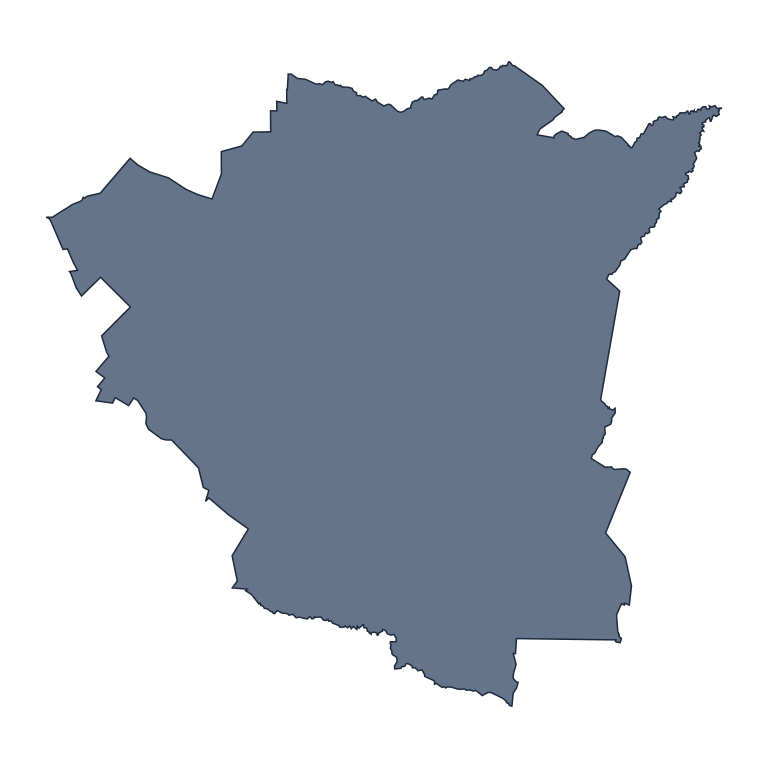 Nogoya, Entre Ríos, Argentina (Albers equal-area conic projection)
{"feature_id": "61730980B78785017489869", "entity_name": "Nogoya", "entity_type": "district", "adm_level": 2, "iso_a3": "ARG", "parent_name": "Argentina", "parent_adm1": "Entre Ríos", "projection": "albers", "projection_center": [-59.632, -32.251], "detail": "fine", "context": "isolated", "style": "filled", "palette": "slate", "viewbox_px": 768, "rotation_deg": 0, "n_neighbors": 0, "source": "geoboundaries", "source_scale": "gbopen_adm2", "svg_char_len": 6043}
<svg xmlns="http://www.w3.org/2000/svg" viewBox="0 0 768 768"><path d="M108.9,356.3L96.0,371.4L104.8,378.0L97.5,386.7L101.2,389.7L95.9,400.8L112.5,403.1L115.3,397.7L128.7,405.6L133.6,398.1L137.6,400.3L146.0,413.4L146.5,417.3L145.8,423.6L148.7,429.4L161.5,438.8L166.2,440.0L171.6,440.0L198.5,467.9L203.3,487.5L208.9,490.3L205.5,501.3L208.9,498.0L228.9,515.1L248.3,528.9L232.1,555.7L237.3,580.9L232.3,587.9L247.4,589.2L245.6,590.7L251.7,594.7L258.9,604.0L260.3,603.2L260.7,605.4L263.3,606.3L264.2,608.2L267.5,609.0L270.7,611.5L272.5,611.9L273.4,613.5L274.8,613.5L277.2,610.6L282.3,613.2L287.3,613.6L288.7,615.1L292.9,614.4L296.2,617.8L299.2,617.1L307.2,619.0L309.8,616.6L311.9,618.8L313.6,618.6L314.6,616.8L315.6,617.4L320.7,616.9L323.6,620.2L326.4,620.5L327.8,619.3L328.9,621.3L331.1,620.8L332.5,623.1L339.0,625.6L339.7,627.2L344.0,627.1L345.1,626.0L347.5,627.8L349.8,626.0L351.2,628.8L353.2,626.6L356.9,629.5L357.4,626.2L359.0,628.2L363.2,624.6L363.9,625.2L363.8,627.6L366.8,628.0L367.4,631.2L368.9,631.6L369.1,632.8L371.2,634.2L371.2,632.8L372.2,632.3L375.0,632.3L377.1,633.3L377.0,634.9L377.9,635.2L379.1,632.7L382.5,631.2L382.5,629.6L383.9,629.8L385.7,630.8L387.4,633.9L391.1,635.1L393.8,634.4L396.2,638.1L396.1,641.7L390.5,641.8L390.1,642.8L391.0,645.2L390.3,648.2L391.8,651.0L391.9,653.4L392.7,654.8L395.9,656.7L397.2,659.5L396.6,662.5L394.4,666.1L394.7,669.0L401.0,668.3L401.8,666.7L404.7,666.4L406.3,663.5L408.3,663.8L411.9,665.7L412.4,667.8L415.2,667.9L418.2,670.7L422.0,670.0L424.4,674.1L424.7,676.4L433.7,680.5L434.6,681.4L434.5,684.2L436.5,683.5L442.1,687.4L444.3,686.8L445.8,688.0L447.1,687.1L450.7,687.0L458.1,689.2L464.9,689.1L466.1,690.2L469.8,690.0L473.4,691.1L475.8,690.4L482.3,695.6L488.0,692.4L491.2,692.6L503.0,698.4L506.1,701.2L506.5,702.7L508.8,703.5L509.2,705.3L511.9,706.2L513.2,693.3L516.6,687.9L518.1,682.2L516.6,682.2L513.1,678.2L513.5,673.5L516.1,664.4L513.3,653.5L515.5,653.6L516.5,638.6L615.8,639.9L615.3,641.0L616.1,641.9L620.1,642.8L621.4,638.5L619.0,636.3L619.2,634.7L617.8,631.6L616.5,615.0L621.4,603.9L624.4,605.0L624.4,603.2L629.3,605.1L631.5,585.9L625.1,556.7L605.6,533.0L630.2,472.4L626.6,469.3L624.3,468.8L614.6,469.4L612.6,468.6L611.6,466.9L605.2,467.2L591.4,458.6L592.3,454.7L594.6,453.3L598.0,447.0L602.3,442.3L602.5,438.8L603.3,438.3L603.6,435.6L605.3,434.0L604.6,427.2L610.8,424.1L611.7,421.1L611.6,418.2L615.2,413.0L615.1,408.3L612.8,410.0L609.4,408.8L609.3,407.3L608.0,408.3L607.5,406.4L605.7,405.8L604.7,403.5L601.7,401.4L600.7,399.3L619.7,291.1L606.6,279.1L609.0,274.3L612.1,274.2L612.8,272.8L615.3,271.6L619.9,265.0L620.8,261.0L624.8,259.0L630.7,249.8L634.3,248.5L636.8,248.7L638.4,244.4L640.3,244.3L641.9,242.4L640.5,238.0L642.0,236.6L644.0,236.3L645.8,233.0L647.4,233.6L649.7,232.1L649.1,229.0L650.5,227.1L653.4,227.3L654.9,226.2L654.7,224.4L656.5,222.2L656.6,219.4L658.9,218.4L659.5,212.6L661.0,211.4L658.9,208.9L664.4,204.4L666.9,203.4L668.2,201.5L671.5,201.5L671.1,199.2L672.8,199.1L675.0,197.1L676.0,195.6L675.8,193.9L677.1,192.5L680.1,193.6L681.6,191.9L681.5,190.2L679.9,187.4L684.3,186.7L683.6,183.8L687.3,182.2L687.9,179.4L688.7,179.1L688.1,175.8L685.6,174.6L685.7,173.1L688.2,172.5L688.6,171.3L691.5,172.1L693.0,170.8L692.2,168.7L693.5,167.9L694.2,165.8L693.3,164.3L696.7,158.3L694.6,152.6L697.2,150.7L699.1,151.4L699.9,149.6L701.3,148.7L700.8,146.1L698.9,146.3L699.8,144.4L698.6,143.0L699.8,141.7L699.3,140.1L700.3,138.8L699.8,136.5L701.2,134.9L699.7,132.8L702.4,130.8L703.7,131.2L701.8,127.8L702.7,126.7L703.6,127.1L704.1,125.3L702.1,123.9L702.2,122.8L705.7,121.8L705.5,120.3L708.8,117.8L709.6,117.9L710.2,121.2L711.1,121.1L713.0,115.5L714.7,115.4L716.0,116.5L719.2,114.5L718.3,111.2L719.1,111.0L719.3,109.3L721.9,108.0L717.1,108.4L715.0,105.6L711.4,106.9L709.3,105.9L709.8,108.2L707.8,109.3L706.3,108.5L705.8,106.7L703.0,106.8L701.2,108.4L700.8,110.2L699.1,109.2L697.7,109.6L696.8,111.9L694.0,111.7L694.2,110.4L693.0,111.7L692.0,110.8L690.5,111.2L689.9,114.1L688.8,113.9L687.7,111.0L684.9,112.9L680.0,112.8L678.4,115.2L676.7,115.8L676.5,117.6L672.9,116.7L673.8,119.0L673.1,120.0L667.9,118.9L665.2,116.4L662.1,117.6L659.3,116.8L657.8,118.3L657.9,119.7L653.4,121.4L653.2,124.1L652.1,125.5L651.1,125.4L650.5,123.7L648.9,123.8L643.4,134.0L641.2,133.8L639.6,137.5L637.0,138.2L636.7,141.1L634.9,142.2L632.2,147.5L630.7,147.7L629.4,145.8L627.9,145.7L628.1,144.5L621.3,137.3L617.6,135.9L615.1,136.6L606.0,131.1L598.8,130.0L594.8,130.2L589.2,133.0L584.2,137.3L575.6,139.4L571.6,137.7L570.8,136.3L568.6,135.4L568.1,133.5L561.8,131.1L556.1,134.0L554.0,136.1L554.0,137.8L537.2,134.8L539.9,129.0L553.1,119.8L554.6,117.3L562.3,111.8L562.2,110.5L564.2,108.8L542.3,85.4L514.7,65.9L512.8,65.7L509.8,62.0L508.8,61.8L506.7,65.7L502.6,65.5L501.5,66.9L500.3,66.3L499.3,68.3L496.6,70.2L492.8,69.5L491.4,67.5L489.2,67.5L486.9,70.3L484.6,71.0L483.3,74.2L480.7,75.5L477.6,75.3L477.2,76.4L474.3,77.0L472.9,78.4L469.8,78.9L469.7,80.6L465.3,79.2L463.1,81.3L457.8,80.0L450.5,85.1L449.5,87.4L447.4,89.3L445.2,88.9L437.8,90.2L437.3,93.9L434.5,94.9L432.0,98.9L428.9,98.1L425.2,99.4L423.7,99.0L422.7,97.0L421.4,97.1L417.1,100.7L415.9,100.4L412.3,102.1L410.6,106.8L410.8,108.0L407.3,108.7L404.0,111.2L400.5,112.3L397.4,111.2L390.7,104.9L388.6,104.2L383.8,105.9L377.4,102.1L375.6,99.1L372.0,100.9L365.2,96.3L363.1,97.1L360.1,95.5L357.4,95.7L356.5,94.7L356.7,92.9L353.2,91.0L352.2,88.4L348.3,87.2L342.4,87.1L340.1,85.2L339.1,86.0L337.6,84.9L335.4,85.0L333.0,81.6L331.7,82.4L328.2,81.2L325.5,81.8L322.4,84.7L319.9,83.7L316.0,84.2L305.6,79.3L297.4,78.4L291.4,74.2L288.2,74.0L287.4,89.3L286.7,89.3L286.8,103.4L276.7,101.3L276.9,110.9L270.5,110.8L270.7,131.8L253.1,132.1L241.9,145.9L221.3,151.6L221.4,173.9L212.0,199.0L197.8,194.6L186.1,189.4L168.4,177.8L149.9,172.0L137.8,165.0L130.1,158.3L100.3,193.1L87.1,196.3L84.9,198.0L83.3,197.2L81.9,200.3L80.6,201.2L72.6,204.4L52.2,217.3L46.1,217.2L49.5,218.8L50.8,221.1L63.0,249.5L67.4,248.8L73.5,262.9L77.6,270.3L69.5,271.6L70.8,273.3L76.3,288.0L81.5,296.0L100.6,277.3L130.4,307.0L101.6,335.9L106.5,351.8L108.9,356.3Z" fill="#64748b" stroke="#1e293b" stroke-width="1.5"/></svg>